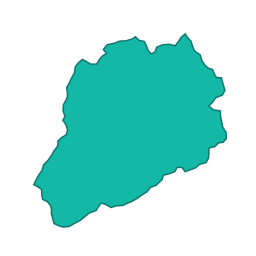 Catas Altas da Noruega, Minas Gerais, Brazil (Albers equal-area conic projection), rotated 262°
{"feature_id": "56859067B98626819297692", "entity_name": "Catas Altas da Noruega", "entity_type": "district", "adm_level": 2, "iso_a3": "BRA", "parent_name": "Brazil", "parent_adm1": "Minas Gerais", "projection": "albers", "projection_center": [-43.499, -20.667], "detail": "fine", "context": "isolated", "style": "filled", "palette": "teal", "viewbox_px": 256, "rotation_deg": 262, "n_neighbors": 0, "source": "geoboundaries", "source_scale": "gbopen_adm2", "svg_char_len": 1616}
<svg xmlns="http://www.w3.org/2000/svg" viewBox="0 0 256 256"><g transform="rotate(262 128 128)"><path d="M185.8,79.4L180.8,76.1L176.3,72.8L171.0,72.9L167.1,72.3L163.4,69.9L160.3,67.4L154.3,66.1L148.2,67.2L144.8,64.6L139.8,67.0L134.5,67.9L129.9,65.9L127.6,60.6L124.8,56.8L120.0,56.0L115.4,51.3L111.5,48.4L107.1,44.3L103.2,39.2L98.3,37.2L93.7,33.0L89.6,29.9L85.0,26.8L82.3,30.6L79.2,33.9L73.9,33.3L69.1,33.6L66.5,37.8L61.9,40.5L57.8,40.9L54.0,40.2L48.2,40.9L43.7,41.5L41.0,45.6L38.9,50.0L38.7,56.0L40.8,61.3L43.1,67.7L46.3,73.0L49.3,77.9L50.7,84.9L54.1,87.6L57.5,91.3L54.6,96.4L51.6,100.2L52.6,105.7L52.0,112.0L53.6,116.7L54.5,121.0L56.5,126.1L59.6,132.2L62.3,138.1L66.1,142.1L67.3,147.7L69.6,151.0L72.0,154.5L76.4,156.5L77.0,162.7L78.3,168.4L82.2,171.1L81.4,175.9L76.8,178.6L77.9,183.5L79.1,189.2L82.1,193.8L82.8,200.4L87.0,203.5L91.3,204.4L97.0,205.5L97.5,211.3L100.7,215.8L100.6,220.2L103.9,223.9L109.9,224.5L115.6,221.9L120.5,221.7L126.4,221.2L132.1,221.9L134.1,215.0L138.4,211.1L141.9,215.5L145.8,219.2L147.5,226.1L151.9,229.2L159.3,228.1L164.7,227.4L165.7,222.6L170.0,220.8L174.2,219.9L176.0,215.9L179.3,213.0L184.1,210.6L190.3,209.7L195.0,204.7L199.6,203.3L205.2,202.5L209.5,199.3L213.2,197.9L210.3,193.1L206.5,189.9L202.9,186.2L205.1,180.4L205.6,174.4L204.1,167.8L199.5,165.3L198.2,161.5L201.8,158.7L206.8,157.7L211.3,156.3L213.4,151.0L217.3,148.1L215.5,144.4L214.6,138.0L215.2,132.0L213.9,126.5L213.2,118.8L209.1,114.5L204.5,117.2L203.3,113.4L200.4,109.7L195.6,105.7L196.5,99.7L199.4,96.4L202.2,92.4L199.4,87.8L195.6,84.2L190.3,82.8L185.8,79.4Z" fill="#14b8a6" stroke="#0f766e" stroke-width="1.5"/></g></svg>